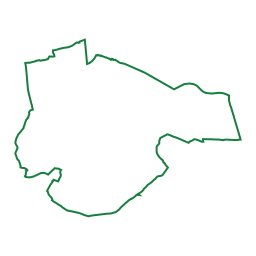 outline of Uitgeest, Noord-Holland, Netherlands
{"feature_id": "6326949B50941675836803", "entity_name": "Uitgeest", "entity_type": "district", "adm_level": 2, "iso_a3": "NLD", "parent_name": "Netherlands", "parent_adm1": "Noord-Holland", "projection": "robinson", "projection_center": [4.72, 52.523], "detail": "fine", "context": "isolated", "style": "outline", "palette": "green", "viewbox_px": 256, "rotation_deg": 0, "n_neighbors": 0, "source": "geoboundaries", "source_scale": "gbopen_adm2", "svg_char_len": 5433}
<svg xmlns="http://www.w3.org/2000/svg" viewBox="0 0 256 256"><path d="M229.0,95.5L227.6,94.9L226.2,94.2L224.9,93.8L223.3,93.3L221.6,93.0L220.5,92.9L218.3,92.9L214.9,93.2L212.5,93.5L211.2,93.5L207.1,93.1L205.2,92.7L204.3,92.3L203.5,91.8L202.3,91.0L201.3,90.2L197.7,86.5L196.1,85.3L195.4,84.9L194.3,84.4L191.1,83.7L189.7,83.6L188.8,83.6L186.0,83.9L184.3,84.1L174.0,89.3L145.0,72.8L125.3,64.1L124.1,63.7L120.6,63.0L119.7,62.7L118.5,62.0L116.8,60.7L115.8,60.3L115.2,59.7L113.8,60.0L113.7,59.9L113.3,59.8L113.1,59.8L112.9,59.3L112.7,59.2L112.8,59.1L112.6,58.9L112.4,58.9L112.1,59.1L111.8,58.9L111.6,58.9L111.3,58.9L111.0,59.1L110.9,59.5L110.8,59.8L109.4,58.7L108.6,58.6L106.9,57.7L106.4,57.5L106.1,57.4L105.8,57.5L105.7,57.5L103.9,56.8L101.0,55.6L100.9,56.0L98.2,55.0L98.0,55.3L97.7,55.2L97.6,55.4L97.2,55.2L96.2,55.2L95.3,57.0L94.9,57.6L93.9,59.1L92.4,60.8L92.0,61.2L91.1,61.9L89.7,62.7L89.7,62.9L87.1,64.0L85.6,47.7L84.8,39.7L80.4,41.3L80.0,41.5L78.8,42.2L78.8,42.3L79.1,42.7L78.8,42.8L78.7,42.6L78.4,42.5L76.8,42.5L75.2,43.5L73.7,44.7L71.6,46.0L68.9,47.0L67.9,47.3L63.5,47.9L59.6,48.8L57.4,49.5L54.6,50.2L53.8,50.3L53.6,50.4L53.5,50.5L53.1,50.4L53.0,51.4L53.0,52.0L53.1,52.7L53.2,53.1L53.8,53.9L54.0,54.4L54.2,54.8L54.4,56.4L53.0,56.6L49.4,56.5L49.3,56.8L48.8,57.2L48.7,57.4L48.5,58.3L48.3,58.6L48.0,59.0L47.7,59.2L46.4,59.4L45.5,59.8L43.4,60.3L43.2,60.3L43.2,60.2L42.0,60.3L40.9,60.6L40.5,60.7L40.0,60.6L39.6,60.2L38.5,60.3L37.4,60.6L36.1,60.7L35.9,61.1L35.4,61.2L34.7,61.5L33.1,61.8L29.5,62.8L28.4,62.7L25.3,62.9L25.3,63.4L25.5,64.3L25.8,65.9L26.0,67.3L26.9,77.1L27.0,77.8L27.1,78.2L27.1,78.6L27.1,79.3L27.1,79.8L27.9,88.8L28.1,90.1L28.3,90.8L28.4,91.3L28.5,91.9L28.5,92.2L31.2,103.1L31.6,104.5L31.9,105.3L32.0,105.6L32.0,106.4L32.8,109.6L32.0,109.9L30.9,110.2L30.4,110.5L29.6,111.2L29.0,112.5L29.0,112.8L29.2,113.3L29.3,114.0L28.4,116.6L28.2,117.3L28.3,117.6L28.2,117.7L27.8,117.9L27.6,118.0L27.4,118.5L27.0,119.1L26.1,120.0L25.8,120.8L24.9,123.5L24.5,124.8L24.4,125.5L24.0,126.1L23.7,126.8L23.6,127.3L23.7,127.8L23.6,128.0L23.3,128.4L22.9,129.0L22.0,129.9L21.7,130.5L21.3,130.9L20.9,131.5L19.8,132.6L19.4,133.3L18.5,134.1L18.0,134.9L17.7,135.7L17.3,136.4L16.2,138.8L16.0,140.0L15.6,140.8L15.6,141.5L15.5,142.0L15.4,142.5L15.5,143.3L15.9,144.2L17.2,146.6L17.6,148.0L17.1,148.9L16.9,149.4L16.2,151.2L15.7,152.2L15.4,153.1L15.4,153.6L15.9,155.1L16.2,155.8L16.7,157.7L17.0,158.4L17.4,159.2L17.7,159.6L18.7,160.5L19.0,161.0L20.6,165.9L20.5,166.3L20.4,167.3L21.2,167.7L21.7,167.8L22.5,167.9L24.1,168.0L24.5,168.1L26.2,169.1L26.6,169.3L26.6,169.5L26.2,170.0L27.2,170.3L25.9,172.2L25.8,172.7L25.9,173.9L25.8,174.6L25.6,175.1L24.9,176.2L25.2,176.5L25.4,176.8L27.0,177.2L28.4,177.3L29.8,177.3L31.5,177.1L33.1,176.6L33.9,176.3L35.6,175.6L40.2,173.4L41.0,173.1L41.7,173.0L43.2,172.9L44.4,173.0L45.5,173.4L46.6,173.8L47.1,174.0L48.1,174.6L51.2,171.5L54.7,168.2L56.5,168.5L58.2,168.6L61.1,169.9L60.8,170.3L60.4,171.2L60.3,171.7L60.2,172.1L60.2,172.6L60.8,174.7L60.8,175.1L60.8,175.6L60.7,176.0L60.6,176.4L60.4,176.8L58.9,179.3L59.1,179.6L58.1,181.4L53.6,179.8L52.6,180.9L53.0,181.1L50.5,184.7L49.0,187.3L47.1,190.9L47.3,191.0L47.7,191.5L48.2,193.0L48.5,194.1L48.7,194.5L49.9,196.0L51.0,197.1L52.4,199.2L52.4,199.3L52.2,199.7L51.9,200.2L53.6,201.5L56.3,203.1L58.5,204.6L60.3,205.6L60.6,205.8L61.2,206.1L61.4,206.2L61.5,206.5L61.8,206.8L63.6,208.2L64.4,208.6L65.1,209.2L66.0,209.7L66.3,210.0L67.0,210.3L67.3,210.5L67.6,210.5L68.1,210.8L69.1,210.8L78.4,212.8L79.4,213.1L83.1,214.4L83.2,214.6L83.5,214.8L87.6,216.0L88.5,216.3L89.4,216.0L91.2,215.7L93.7,215.3L107.0,213.7L110.5,213.5L111.3,213.4L115.9,212.0L116.1,211.9L117.2,211.0L119.0,209.6L119.8,208.8L120.1,208.3L120.9,207.4L121.8,206.6L122.5,205.9L124.3,204.4L124.4,204.2L124.6,203.9L127.4,201.7L127.6,201.6L127.7,201.3L128.0,201.0L128.6,200.4L131.3,198.7L131.5,198.9L132.4,198.3L134.3,197.0L135.4,196.1L135.9,195.5L136.6,195.0L137.0,194.9L137.3,194.8L139.2,195.0L138.7,194.6L138.4,194.2L138.1,194.2L137.9,194.1L139.9,192.9L141.0,192.1L142.2,191.1L143.4,189.9L143.5,189.7L143.7,189.2L144.1,188.6L146.1,186.8L146.5,186.3L147.7,184.9L149.0,184.1L150.6,182.9L151.6,182.2L152.2,181.6L153.2,180.7L153.9,179.7L154.8,179.3L155.5,178.7L156.3,177.6L157.2,176.7L157.7,176.4L158.0,176.3L161.0,175.8L162.2,175.3L162.8,174.7L167.9,167.6L165.2,164.4L165.0,163.7L164.6,163.2L163.5,162.4L163.2,162.0L163.1,160.7L162.8,160.3L162.5,160.0L162.0,159.7L161.5,159.3L160.8,158.6L159.6,157.4L159.3,157.0L159.1,156.6L158.6,156.1L158.1,155.4L157.0,153.3L156.8,152.9L156.6,150.8L156.6,150.1L156.6,149.3L156.6,147.4L156.8,146.5L156.9,146.2L157.5,145.4L159.1,143.7L159.3,142.9L159.2,141.8L159.7,139.5L160.4,138.0L160.7,137.8L164.3,135.9L166.2,135.0L166.7,134.6L167.0,134.4L167.6,134.4L167.9,134.4L171.0,135.6L173.3,136.6L174.1,136.9L175.2,137.2L177.6,138.1L180.5,139.3L182.6,140.3L188.6,142.8L188.9,142.4L189.6,141.9L190.1,141.3L192.6,140.4L193.8,139.5L194.0,139.3L194.5,139.2L195.6,139.4L197.1,139.8L198.9,140.5L201.1,141.5L201.9,141.7L202.7,141.8L203.2,141.7L203.3,141.7L203.1,140.9L203.0,140.1L203.1,139.1L209.2,139.3L210.4,139.2L213.0,139.4L219.6,139.6L220.9,139.9L222.4,140.0L223.5,140.2L224.1,139.9L224.5,139.8L225.2,139.6L226.1,139.6L235.8,140.1L237.2,140.0L238.3,139.8L240.6,139.6L239.3,135.1L233.9,116.9L233.9,116.7L232.2,111.2L231.8,109.8L231.8,109.7L231.7,109.5L231.6,109.3L231.2,107.7L230.4,105.8L230.0,104.4L229.3,101.6L229.1,100.5L229.0,99.2L229.0,95.5Z" fill="none" stroke="#15803d" stroke-width="2"/></svg>